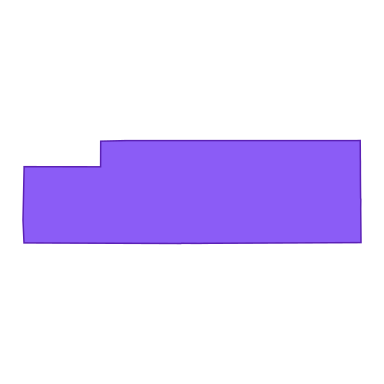 Kiowa, Colorado, United States of America
{"feature_id": "52423323B14805582896473", "entity_name": "Kiowa", "entity_type": "district", "adm_level": 2, "iso_a3": "USA", "parent_name": "United States of America", "parent_adm1": "Colorado", "projection": "orthographic", "projection_center": [-102.553, 38.44], "detail": "fine", "context": "isolated", "style": "filled", "palette": "violet", "viewbox_px": 384, "rotation_deg": 0, "n_neighbors": 0, "source": "geoboundaries", "source_scale": "gbopen_adm2", "svg_char_len": 463}
<svg xmlns="http://www.w3.org/2000/svg" viewBox="0 0 384 384"><path d="M100.7,141.2L100.6,166.8L24.1,166.7L24.1,168.8L23.0,220.1L24.0,242.9L47.6,243.0L181.0,243.5L181.3,243.3L199.6,243.4L203.9,243.3L204.3,243.3L361.0,242.6L360.9,229.7L360.7,208.5L360.8,199.3L360.6,198.1L360.5,188.1L360.4,172.9L360.4,167.5L360.4,161.6L360.3,157.2L360.3,150.4L360.2,140.5L356.9,140.6L354.8,140.6L126.2,140.6L100.7,141.2Z" fill="#8b5cf6" stroke="#5b21b6" stroke-width="1.5"/></svg>